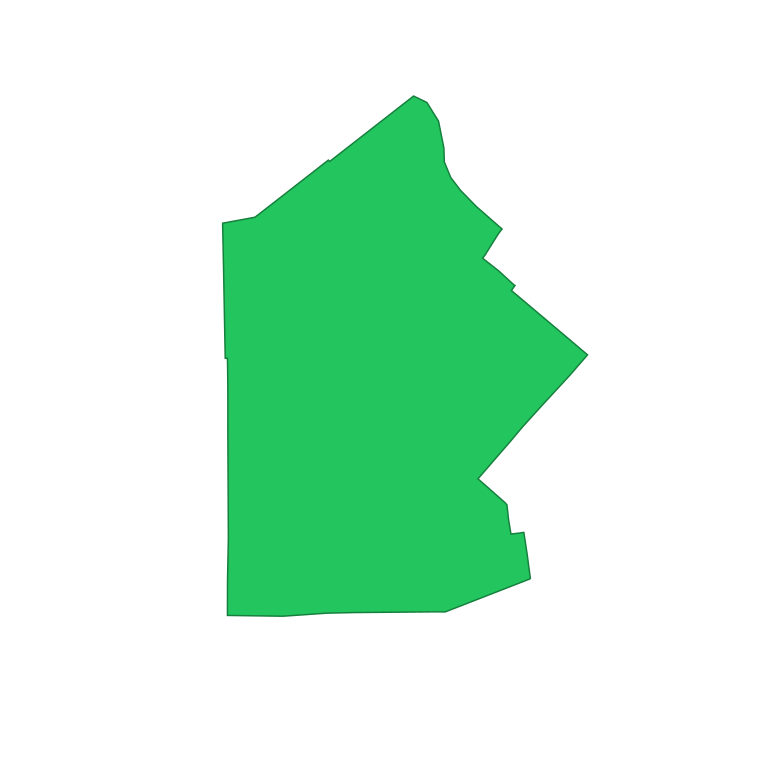 A L Labban, Al Iskandariyah, Egypt, rotated 114°
{"feature_id": "37247803B27556754464057", "entity_name": "A L Labban", "entity_type": "district", "adm_level": 2, "iso_a3": "EGY", "parent_name": "Egypt", "parent_adm1": "Al Iskandariyah", "projection": "mercator", "projection_center": [29.891, 31.191], "detail": "fine", "context": "isolated", "style": "filled", "palette": "green", "viewbox_px": 768, "rotation_deg": 114, "n_neighbors": 0, "source": "geoboundaries", "source_scale": "gbopen_adm2", "svg_char_len": 1071}
<svg xmlns="http://www.w3.org/2000/svg" viewBox="0 0 768 768"><g transform="rotate(114 384 384)"><path d="M659.1,432.9L637.3,382.0L616.5,342.8L604.8,318.0L571.7,245.4L568.1,237.2L567.6,236.0L567.3,235.4L503.0,171.7L502.5,171.4L502.1,171.2L485.8,181.2L480.0,184.8L478.9,185.5L462.7,195.9L463.6,197.4L464.5,198.7L465.1,199.6L469.4,207.0L457.3,215.0L444.3,222.6L444.1,223.1L443.2,225.1L434.3,253.5L432.4,259.6L388.6,246.3L387.4,245.9L366.9,240.0L338.9,230.8L300.5,217.8L274.6,209.9L272.2,218.1L266.4,238.0L246.8,305.6L240.7,304.4L240.7,305.4L234.2,324.6L229.0,345.1L225.8,344.3L225.4,344.2L202.2,340.9L199.9,340.5L197.7,340.0L194.4,339.2L184.3,371.9L184.1,372.4L175.9,393.0L168.3,406.9L156.6,419.2L144.0,425.3L121.7,441.1L109.4,459.3L108.9,474.1L202.9,524.2L202.4,525.2L202.1,525.9L280.6,567.8L282.4,568.8L284.1,569.7L290.8,579.4L302.7,596.8L304.1,596.2L305.4,595.6L344.3,577.3L403.1,549.8L425.1,539.5L424.2,537.5L432.3,533.7L447.1,526.9L466.0,518.4L489.2,508.1L505.4,500.8L588.3,463.4L626.3,447.4L659.1,432.9Z" fill="#22c55e" stroke="#15803d" stroke-width="1.5"/></g></svg>